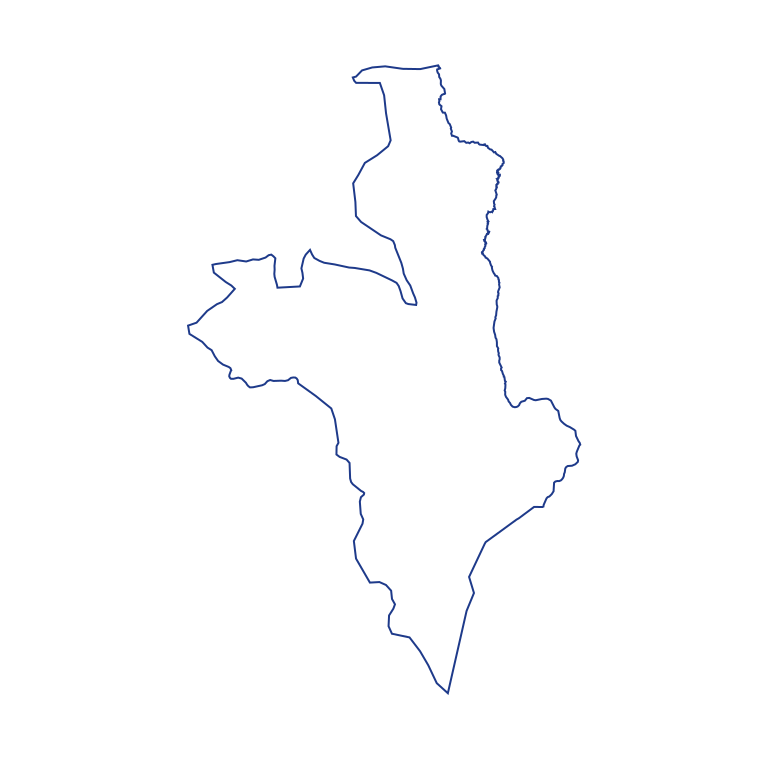 Baboua, Nana-Mambéré, Central African Republic (Natural Earth projection), rotated 172°
{"feature_id": "33826404B17315710707848", "entity_name": "Baboua", "entity_type": "district", "adm_level": 2, "iso_a3": "CAF", "parent_name": "Central African Republic", "parent_adm1": "Nana-Mambéré", "projection": "natural_earth1", "projection_center": [14.687, 5.816], "detail": "fine", "context": "isolated", "style": "outline", "palette": "blue", "viewbox_px": 768, "rotation_deg": 172, "n_neighbors": 0, "source": "geoboundaries", "source_scale": "gbopen_adm2", "svg_char_len": 6163}
<svg xmlns="http://www.w3.org/2000/svg" viewBox="0 0 768 768"><g transform="rotate(172 384 384)"><path d="M372.2,691.9L371.3,688.4L369.7,686.1L346.2,682.7L343.7,669.9L344.3,651.9L343.5,624.4L346.8,618.9L359.0,611.5L372.2,605.6L380.3,594.6L386.6,587.0L387.0,568.2L388.4,554.2L384.1,547.6L366.3,531.6L357.4,526.4L355.0,524.2L353.9,520.0L353.9,517.4L350.0,501.6L349.2,495.6L349.1,490.6L347.1,483.6L344.3,477.9L342.5,469.6L341.3,465.4L340.5,460.0L341.2,457.8L348.8,459.8L351.1,461.0L353.7,466.1L354.7,473.7L355.8,479.0L357.5,482.4L361.8,485.6L376.1,495.1L382.5,498.5L396.9,503.0L402.4,504.2L416.3,509.3L426.4,512.4L430.7,514.9L435.5,518.5L437.2,522.3L438.6,527.1L443.5,523.0L446.1,519.4L449.7,510.0L449.3,505.5L449.4,499.7L453.7,492.3L476.1,494.2L476.2,497.1L477.4,505.3L477.3,508.3L476.4,512.4L476.0,516.3L474.1,523.6L475.6,525.7L477.6,527.8L480.3,527.6L483.7,525.7L490.7,524.4L496.4,525.6L503.4,524.5L512.0,527.0L519.9,526.2L533.7,526.2L537.3,525.9L537.0,518.0L526.5,507.0L521.5,502.8L518.5,499.0L527.3,491.5L533.0,487.7L538.3,486.3L548.9,481.0L561.1,470.8L569.9,469.1L569.7,460.7L558.1,451.0L553.7,444.6L550.0,441.5L547.7,435.0L545.1,429.9L540.7,425.6L535.4,422.5L533.9,421.1L533.3,418.8L533.9,418.2L535.8,414.6L536.2,413.2L535.7,411.5L534.7,410.4L532.2,410.1L527.5,410.6L524.2,409.2L520.6,404.5L519.6,402.2L518.6,400.7L517.2,399.3L514.1,399.0L504.9,399.7L502.1,400.5L499.1,403.0L496.2,403.8L493.0,402.4L485.4,401.6L481.6,400.8L478.5,401.1L475.3,403.0L473.0,403.1L470.9,402.7L469.7,401.6L468.9,399.9L468.9,396.6L453.2,381.6L439.6,367.1L437.5,355.9L437.3,332.1L439.6,329.0L440.9,320.8L438.1,318.0L431.6,314.4L429.1,310.6L430.7,295.1L430.2,291.5L428.8,289.0L421.6,281.3L419.7,280.0L418.8,278.8L419.3,277.3L422.6,275.1L424.3,270.9L425.1,258.6L423.4,252.8L424.7,248.7L435.7,232.7L436.0,215.0L425.6,189.3L416.1,188.5L410.0,184.7L405.7,178.3L406.0,170.0L403.8,164.3L406.0,160.2L411.2,154.1L413.2,143.5L410.9,135.6L394.0,129.5L385.5,114.4L379.3,99.3L373.4,80.4L363.8,68.9L333.8,147.8L324.0,164.5L326.6,181.1L306.6,211.6L305.3,213.3L271.6,231.3L269.3,232.2L252.5,241.4L243.4,240.0L243.4,239.7L242.7,242.1L239.0,248.1L237.7,249.2L235.9,249.6L233.2,251.6L231.0,254.2L229.3,262.6L227.9,263.6L225.9,263.8L223.9,263.5L222.1,264.0L220.8,265.0L219.6,266.3L218.7,267.9L218.2,269.9L217.3,271.4L216.2,275.2L215.0,276.5L213.4,277.2L209.2,276.9L205.7,277.9L202.9,279.9L202.4,281.5L203.3,285.5L203.3,288.2L202.5,290.1L199.9,294.5L199.0,296.0L198.1,296.6L198.4,298.6L199.3,300.2L201.1,305.8L201.0,311.0L202.1,312.3L206.0,315.5L208.9,317.3L211.3,319.6L213.5,322.3L214.4,323.9L214.8,325.9L215.2,333.1L217.6,335.4L218.5,337.0L221.0,344.3L223.7,346.4L225.4,346.9L229.7,347.2L236.0,346.8L237.7,347.3L242.1,350.0L244.4,350.1L246.9,347.8L250.5,347.3L252.2,345.9L253.1,344.3L254.8,343.1L256.2,342.8L257.7,342.8L259.8,343.7L261.3,345.8L261.8,347.6L263.0,349.4L263.3,351.2L265.0,354.3L265.5,356.5L265.0,359.5L265.4,360.8L264.5,362.9L263.9,366.0L263.8,367.0L264.2,367.5L263.1,369.4L263.8,370.1L263.8,374.1L264.4,374.6L264.2,375.5L264.9,377.5L265.3,380.4L266.1,381.5L265.9,383.2L265.2,383.9L266.9,389.2L266.6,391.2L266.0,392.4L265.8,394.4L266.4,396.1L266.5,396.9L266.4,397.7L266.0,398.5L266.4,400.1L266.3,402.3L265.9,403.3L266.9,405.8L266.4,409.6L266.4,412.7L267.1,414.3L267.1,417.2L267.7,420.4L267.7,424.3L265.9,430.6L264.3,433.4L264.5,434.1L264.1,435.4L263.5,436.1L262.6,440.0L261.2,444.0L261.0,445.3L261.3,447.0L261.0,450.2L260.8,451.2L259.4,453.2L259.2,455.2L258.5,455.6L258.3,456.3L258.4,456.8L257.9,458.0L258.3,458.7L258.1,459.8L256.0,463.6L256.2,466.6L255.6,468.4L256.0,468.9L255.7,471.0L256.1,471.5L256.0,472.9L257.2,475.2L258.8,475.9L259.1,477.2L259.7,478.1L260.5,480.4L260.8,481.6L261.0,484.3L260.7,485.0L261.5,486.5L262.1,489.5L262.0,490.3L264.2,493.9L265.9,495.1L266.0,496.1L267.6,498.0L268.0,499.7L268.6,499.5L268.8,500.4L268.6,501.0L267.9,501.2L266.8,502.8L266.3,503.0L266.3,503.9L265.4,504.5L265.3,505.4L264.3,506.7L264.4,508.1L263.2,508.8L263.3,509.9L264.0,509.9L264.1,511.5L264.7,511.6L264.9,512.8L263.9,512.9L263.5,514.3L263.1,514.7L263.3,515.5L262.0,516.9L261.2,518.3L259.9,518.1L259.6,518.6L259.8,519.4L258.9,519.5L258.6,520.2L259.4,520.6L260.1,521.4L260.1,522.6L260.7,523.3L260.2,523.9L259.6,526.5L258.8,527.9L259.1,528.3L259.0,528.8L258.5,529.1L258.8,530.3L258.0,530.5L258.6,532.1L259.1,535.0L258.8,537.1L257.3,538.6L256.7,540.1L256.3,539.7L254.8,539.3L253.4,539.6L252.9,539.2L252.6,540.0L252.0,540.2L251.4,542.0L249.6,541.8L249.9,543.3L249.8,543.8L250.3,544.7L249.5,546.3L249.9,547.3L249.8,549.8L247.7,552.1L246.9,553.3L246.5,555.3L246.0,555.7L246.8,560.3L245.9,561.2L245.5,562.5L244.9,562.8L244.9,563.6L245.3,563.9L245.0,565.6L244.3,565.7L244.1,566.4L243.5,566.4L243.3,567.3L242.5,567.5L242.6,568.4L243.5,569.5L243.1,570.2L243.6,571.3L242.6,571.4L242.6,572.0L241.6,572.3L241.6,574.0L240.5,573.9L240.1,574.8L240.1,575.1L241.4,575.1L241.5,575.7L241.7,575.8L241.8,575.4L242.2,575.8L241.3,577.3L241.5,577.6L242.4,577.6L242.4,577.0L242.7,577.4L242.7,577.9L242.2,579.2L241.9,579.3L242.1,579.7L240.9,580.5L240.6,580.1L239.1,580.9L238.8,581.8L238.5,581.8L238.1,583.2L237.2,583.3L237.0,583.8L236.2,584.2L236.1,585.3L234.7,586.2L234.5,587.9L235.0,588.4L234.7,589.6L235.3,591.1L237.5,593.7L238.0,593.8L240.8,596.3L241.5,598.2L242.8,598.0L244.9,601.1L246.2,601.5L248.2,603.5L248.4,605.2L248.9,605.6L249.5,605.4L250.0,605.7L250.6,606.6L250.7,607.3L251.5,607.3L251.9,606.7L256.0,607.8L256.6,608.4L257.3,610.0L260.7,610.3L262.0,611.6L263.8,611.5L265.7,610.5L267.0,611.4L269.0,611.4L270.7,613.3L274.9,613.4L275.8,613.8L276.2,614.7L276.5,617.3L276.8,617.8L281.0,620.2L282.1,620.3L282.6,622.7L281.6,624.6L282.3,627.7L281.8,628.5L282.7,632.2L283.8,633.4L285.0,638.1L285.1,641.2L285.9,644.2L288.0,644.6L289.3,648.2L288.4,651.1L290.3,653.2L290.4,655.4L289.8,656.2L289.8,658.3L288.4,658.1L287.9,660.9L286.4,662.3L284.5,662.8L283.6,662.8L283.1,663.1L283.2,667.7L285.5,671.2L285.9,672.3L286.0,673.3L285.4,676.6L285.5,677.5L285.7,678.5L286.6,680.3L286.4,683.0L287.5,684.9L287.8,686.9L287.6,688.1L284.5,688.7L284.6,689.2L285.9,690.6L285.6,691.0L286.0,692.0L304.3,690.8L321.6,693.5L338.6,698.4L351.6,699.1L362.1,697.6L368.9,692.3L372.2,691.9Z" fill="none" stroke="#1e3a8a" stroke-width="2"/></g></svg>